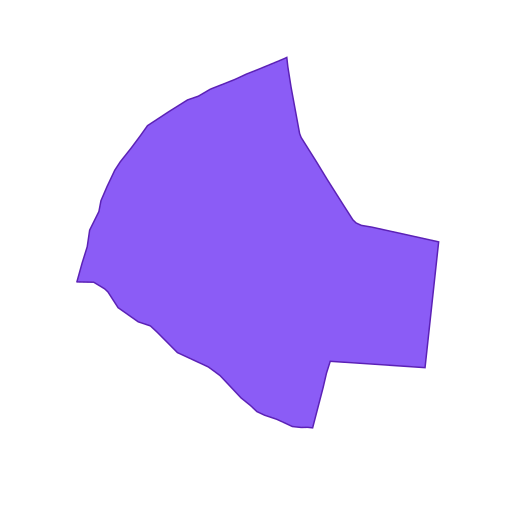 Tiba police station, Qina, Egypt, rotated 343°
{"feature_id": "37247803B46763181924450", "entity_name": "Tiba police station", "entity_type": "district", "adm_level": 2, "iso_a3": "EGY", "parent_name": "Egypt", "parent_adm1": "Qina", "projection": "mercator", "projection_center": [32.702, 25.738], "detail": "fine", "context": "isolated", "style": "filled", "palette": "violet", "viewbox_px": 512, "rotation_deg": 343, "n_neighbors": 0, "source": "geoboundaries", "source_scale": "gbopen_adm2", "svg_char_len": 980}
<svg xmlns="http://www.w3.org/2000/svg" viewBox="0 0 512 512"><g transform="rotate(343 256 256)"><path d="M259.9,436.9L281.8,401.3L289.1,388.7L296.2,378.4L385.0,412.2L434.8,295.9L375.3,262.3L370.5,259.9L365.9,257.6L365.7,257.5L361.4,253.7L359.2,249.7L355.2,235.4L354.2,231.8L346.5,203.8L341.4,183.8L333.8,155.8L333.5,151.7L338.9,104.7L341.8,84.2L343.5,75.1L340.9,75.5L312.9,78.2L300.1,79.2L287.3,81.0L262.3,83.0L260.7,83.2L247.6,86.3L236.2,86.7L216.9,91.9L213.7,92.8L190.4,99.6L180.4,107.3L168.0,116.4L153.9,126.1L146.0,132.7L138.1,141.4L133.9,146.0L123.9,157.8L118.8,167.5L104.5,182.6L97.3,197.8L87.6,212.0L77.2,228.3L77.3,228.4L77.4,228.5L93.1,233.6L101.7,243.2L103.9,247.1L109.0,265.1L124.1,284.5L134.6,292.0L136.1,294.6L139.1,299.8L152.6,325.4L161.1,333.0L178.0,348.2L186.7,359.9L194.4,375.5L200.3,387.5L206.9,397.2L211.4,405.1L217.7,410.8L228.2,418.3L236.7,425.9L240.9,429.7L249.1,433.2L255.2,434.9L259.9,436.9Z" fill="#8b5cf6" stroke="#5b21b6" stroke-width="1.5"/></g></svg>